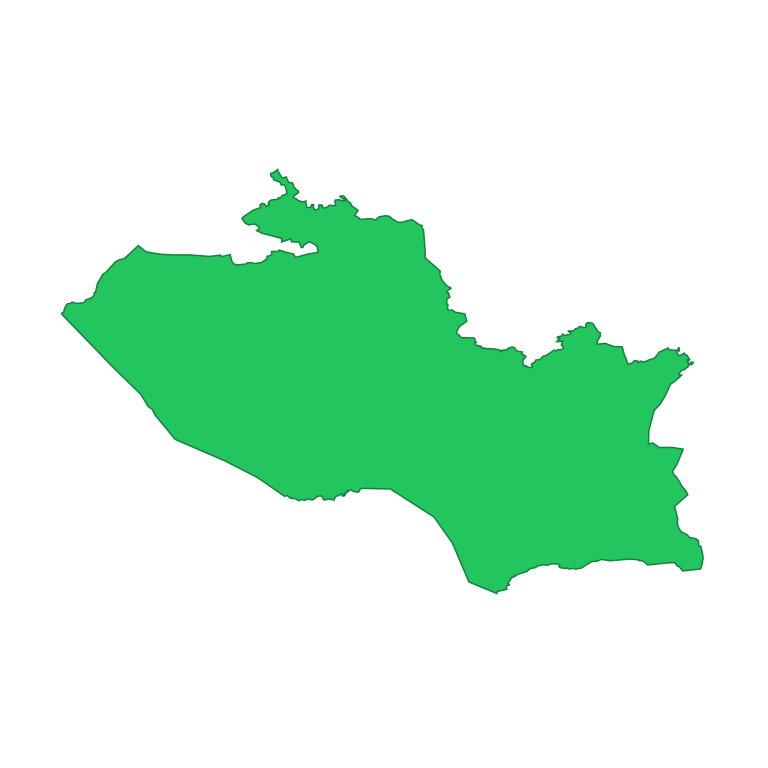 Medumu pag., Daugavpils, Latvia, rotated 352°
{"feature_id": "27541924B97158301114039", "entity_name": "Medumu pag.", "entity_type": "district", "adm_level": 2, "iso_a3": "LVA", "parent_name": "Latvia", "parent_adm1": "Daugavpils", "projection": "equal_earth", "projection_center": [26.374, 55.776], "detail": "fine", "context": "isolated", "style": "filled", "palette": "green", "viewbox_px": 768, "rotation_deg": 352, "n_neighbors": 0, "source": "geoboundaries", "source_scale": "gbopen_adm2", "svg_char_len": 6158}
<svg xmlns="http://www.w3.org/2000/svg" viewBox="0 0 768 768"><g transform="rotate(352 384 384)"><path d="M599.2,353.1L596.4,351.9L593.9,351.7L592.1,352.9L592.1,355.3L591.1,356.1L590.0,356.2L587.1,354.5L585.8,354.3L583.6,355.7L581.2,355.9L579.3,357.7L574.0,357.2L574.0,357.7L576.3,359.5L575.3,360.6L569.8,361.1L567.6,359.4L567.0,361.1L562.6,361.5L562.0,362.3L564.1,363.0L564.4,363.6L562.5,364.6L561.1,366.2L566.9,366.4L566.7,367.4L565.1,369.4L565.3,370.7L566.7,372.1L566.8,373.3L566.3,374.0L563.3,374.7L560.9,374.1L559.2,375.1L557.3,374.1L548.4,378.4L545.3,378.6L541.9,381.5L537.4,381.5L536.7,383.1L532.9,384.7L532.6,385.7L533.6,387.4L532.4,388.3L528.6,387.3L526.9,385.4L525.7,385.9L524.4,384.0L525.0,379.3L527.2,378.0L528.4,376.4L525.0,373.7L524.7,372.8L525.5,371.5L521.8,370.6L518.8,368.4L518.6,366.3L516.2,365.2L511.9,365.9L510.6,367.2L505.6,367.0L505.0,367.6L504.9,368.4L504.5,368.3L503.7,367.8L503.8,366.9L502.2,365.8L499.7,365.5L498.6,364.6L494.7,364.1L493.6,363.5L491.0,363.7L490.3,362.8L488.1,362.9L487.8,362.1L486.7,362.2L485.6,361.5L485.4,360.1L483.9,360.1L482.8,358.9L480.0,358.4L479.3,357.7L479.4,356.8L481.3,355.5L479.8,354.4L480.4,352.6L479.6,350.9L466.9,348.9L464.9,345.4L463.4,344.9L463.0,344.0L463.6,341.6L466.9,337.4L474.7,333.5L473.8,325.8L464.5,322.8L461.9,320.2L458.9,320.1L457.3,318.9L458.3,314.1L457.2,313.3L458.2,308.4L460.2,307.9L461.4,306.8L460.5,304.7L460.9,303.2L459.2,301.9L458.9,301.0L463.5,298.7L463.5,298.2L459.4,295.0L455.8,289.0L454.4,282.2L455.3,281.0L455.3,279.9L442.3,264.8L443.3,257.2L444.5,238.3L444.5,237.1L443.2,233.8L443.9,232.4L441.5,231.5L434.5,225.1L423.7,226.4L420.4,225.8L415.2,221.7L412.8,218.8L409.1,217.6L402.5,217.8L398.3,220.3L393.5,218.3L383.3,217.7L382.1,215.8L378.3,213.0L382.4,208.6L382.2,208.1L376.4,202.6L376.2,200.3L373.9,198.4L372.6,195.6L371.3,194.2L371.0,193.0L369.8,192.0L367.6,191.8L366.4,192.3L369.4,195.2L370.9,195.7L371.2,197.0L368.0,196.7L365.3,195.3L361.4,195.1L360.6,196.2L361.0,198.4L360.8,200.3L357.1,200.2L355.5,199.3L351.0,201.3L349.1,201.4L347.9,200.8L347.3,199.3L347.9,199.0L347.4,198.1L344.5,197.7L344.1,198.2L344.4,199.9L343.8,201.3L340.7,202.1L339.8,202.0L338.9,200.5L338.7,198.3L339.3,196.8L337.3,196.4L335.9,198.7L332.8,198.8L332.2,198.1L331.7,193.1L332.3,192.0L328.4,192.3L324.7,190.4L323.0,188.5L320.3,187.0L320.3,186.2L320.7,185.6L326.0,182.5L326.2,181.8L325.9,180.6L324.1,179.3L322.3,176.3L321.5,172.1L317.8,171.2L316.2,166.5L316.2,165.4L312.1,165.9L311.7,165.5L308.6,158.4L308.6,156.8L303.8,159.4L301.0,159.7L301.1,162.8L303.2,164.2L303.0,166.3L309.4,169.9L309.9,172.7L312.4,172.6L314.0,175.0L314.4,181.3L314.0,181.8L312.4,182.9L309.7,182.9L307.8,185.0L305.3,184.9L305.0,186.3L297.9,186.1L295.5,187.3L295.5,188.8L294.4,188.9L295.1,190.9L292.1,191.7L290.7,189.0L288.3,188.2L286.1,189.4L286.4,192.1L278.8,193.6L268.1,198.9L266.4,200.2L268.8,205.2L271.8,207.5L278.3,207.6L282.0,211.0L282.0,212.8L279.2,214.4L284.5,217.9L303.0,225.6L302.4,229.1L311.9,227.4L312.1,230.3L319.8,231.8L321.1,237.3L322.6,237.6L323.9,235.2L329.9,232.8L334.9,236.2L337.0,239.0L337.1,244.4L327.2,244.7L314.2,246.3L312.4,242.6L305.7,240.1L298.9,236.8L298.1,238.0L291.0,237.1L291.0,240.1L287.9,241.2L286.0,241.2L285.3,243.9L279.8,246.6L273.5,246.8L268.6,245.2L265.5,245.0L263.3,246.0L255.3,245.6L252.1,244.3L250.4,241.3L249.7,234.4L240.9,235.3L240.1,233.6L229.1,233.4L210.3,229.3L192.8,226.8L180.3,224.3L167.0,220.1L159.9,212.8L144.6,223.5L138.3,224.4L134.9,225.8L123.4,235.3L121.0,236.1L114.2,244.7L111.1,252.9L109.8,253.2L109.4,255.8L106.2,258.0L100.5,259.1L98.8,261.2L97.2,261.7L90.7,261.5L86.5,259.5L84.3,260.8L82.1,260.4L80.5,261.5L78.8,263.9L77.2,266.9L77.6,267.3L77.2,268.1L74.7,269.1L74.9,270.4L117.6,329.2L142.1,361.0L147.2,373.3L151.1,377.0L153.0,382.9L169.5,409.8L215.9,438.1L245.7,459.0L269.8,481.3L272.8,481.0L275.0,483.8L281.0,485.6L282.8,487.5L284.3,487.6L286.2,486.8L289.2,488.1L292.9,487.3L296.2,488.7L297.7,488.7L302.5,486.0L305.3,485.9L307.3,486.9L307.8,488.3L307.6,489.5L308.9,490.7L313.1,490.1L318.4,492.0L318.7,490.8L319.5,490.2L320.2,488.7L323.6,488.2L326.0,487.0L327.1,487.2L326.8,488.5L327.3,489.2L329.1,489.3L330.2,488.2L329.1,487.6L329.3,486.8L332.5,486.3L333.3,485.6L332.7,484.8L333.1,484.4L334.5,484.8L336.5,484.2L338.7,486.1L343.0,487.5L344.3,487.0L345.7,484.8L347.9,484.3L375.8,488.9L415.0,522.7L429.6,551.0L440.6,591.9L466.6,607.2L467.0,605.6L467.6,605.2L477.1,604.4L476.8,602.0L477.8,600.8L480.0,600.6L480.3,600.0L478.9,598.4L479.1,597.9L481.3,596.4L483.3,593.5L485.9,593.1L486.1,592.4L487.2,592.5L487.2,591.8L499.7,589.4L503.1,587.1L508.6,586.9L510.7,585.6L516.5,585.2L520.8,586.2L524.5,585.4L530.7,586.2L532.9,588.1L532.8,588.7L531.9,589.2L532.6,590.2L537.3,591.8L539.3,591.7L541.7,593.1L545.9,592.9L548.0,594.0L553.9,593.7L564.9,588.8L570.9,589.1L574.6,587.9L583.2,590.5L603.0,591.6L610.8,593.3L612.0,594.3L616.2,595.4L619.8,599.9L641.3,600.7L647.5,601.5L648.4,604.2L651.2,606.5L653.7,610.7L671.8,611.2L674.4,605.6L675.2,601.9L675.6,601.9L675.9,597.8L675.2,588.9L673.2,587.9L673.5,582.7L670.9,580.4L665.2,578.6L663.4,575.7L658.4,572.2L657.1,570.4L655.4,566.2L655.2,561.8L656.2,558.4L654.6,545.7L669.4,536.0L668.3,532.4L664.3,525.7L662.9,521.5L660.2,516.2L658.5,514.0L657.5,510.6L663.2,504.0L671.2,490.2L660.6,486.9L647.7,485.2L642.2,479.9L637.6,480.1L639.7,467.1L647.9,447.6L654.5,442.6L660.9,434.7L667.9,423.9L671.5,422.3L680.0,416.7L677.4,415.9L677.7,414.9L680.2,412.2L681.4,411.5L683.0,411.8L684.1,411.3L684.3,410.6L687.0,409.7L688.6,407.7L688.5,407.0L691.5,407.7L693.3,405.8L691.3,405.0L689.8,406.2L688.3,406.2L687.8,405.0L688.5,403.7L687.6,402.5L689.0,402.1L689.8,402.7L690.1,402.3L688.1,398.0L687.3,397.1L685.7,396.5L685.7,395.3L680.9,397.0L679.4,396.2L677.8,392.2L678.6,391.6L680.3,392.5L681.2,392.2L680.9,390.7L681.4,389.4L680.7,389.2L679.4,391.2L678.4,391.4L671.2,389.8L670.5,389.0L670.5,387.9L660.8,390.8L659.2,392.8L654.7,396.4L650.1,396.9L646.2,398.1L643.1,398.1L641.2,397.0L639.2,398.1L638.3,398.0L638.6,396.7L635.4,395.7L631.8,398.2L628.2,398.3L627.4,393.2L626.0,388.1L625.1,380.4L616.8,378.9L608.6,374.5L600.4,374.4L601.4,370.8L605.1,366.4L604.9,364.7L605.5,363.6L603.3,362.0L599.2,353.1Z" fill="#22c55e" stroke="#15803d" stroke-width="1.5"/></g></svg>